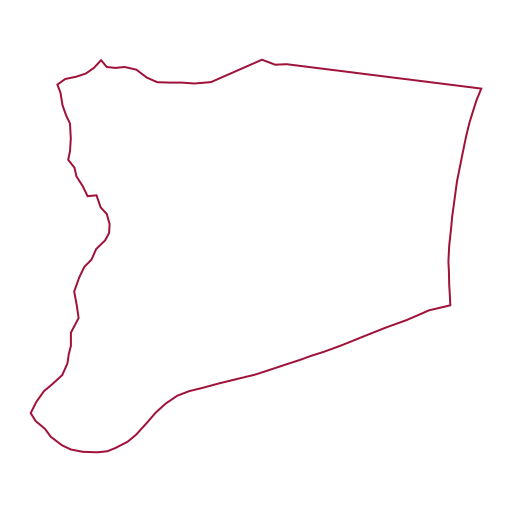 outline of Saubara, Brazil
{"feature_id": "56859067B52739574440824", "entity_name": "Saubara", "entity_type": "district", "adm_level": 2, "iso_a3": "BRA", "parent_name": "Brazil", "parent_adm1": "", "projection": "albers", "projection_center": [-38.789, -12.785], "detail": "fine", "context": "isolated", "style": "outline", "palette": "rose", "viewbox_px": 512, "rotation_deg": 0, "n_neighbors": 0, "source": "geoboundaries", "source_scale": "gbopen_adm2", "svg_char_len": 1264}
<svg xmlns="http://www.w3.org/2000/svg" viewBox="0 0 512 512"><path d="M30.7,413.1L35.6,421.0L45.0,428.9L50.8,436.8L62.0,445.3L70.9,449.5L82.6,451.8L97.1,452.3L107.2,451.3L115.4,448.0L127.5,441.8L136.0,434.8L147.7,421.9L155.6,412.7L165.6,403.6L177.3,395.7L189.3,391.1L202.8,387.8L219.0,383.4L238.2,378.7L255.2,374.6L270.5,369.6L286.1,364.4L300.0,359.9L311.2,355.8L323.3,352.0L341.8,345.2L363.6,336.4L386.5,327.3L406.8,320.0L429.1,310.3L450.3,305.3L449.8,294.6L449.2,284.5L448.9,271.3L448.4,261.4L449.2,245.8L451.2,227.4L452.1,217.3L454.7,198.2L457.0,181.2L460.1,165.9L462.0,156.3L466.1,136.4L469.6,122.2L473.6,109.3L476.7,99.7L481.3,88.6L286.6,64.2L275.1,64.7L262.0,59.7L211.0,82.1L194.4,83.5L181.6,82.6L170.1,82.6L157.2,82.2L146.8,77.6L136.4,69.7L124.7,67.0L115.4,67.9L106.8,67.0L101.1,60.2L93.9,67.9L85.9,73.5L76.3,76.7L65.2,79.0L57.4,84.6L60.5,92.8L62.5,105.2L66.1,115.4L70.0,123.6L70.8,138.7L70.0,151.2L68.2,159.8L74.5,167.7L76.4,176.3L82.7,186.1L87.6,196.2L96.5,195.3L100.6,207.3L106.8,214.1L109.6,224.1L109.1,232.9L105.1,240.4L96.2,249.0L91.5,259.6L84.3,266.9L79.1,277.7L74.2,291.5L76.8,305.6L78.6,318.0L70.9,332.7L70.9,345.9L68.8,354.0L67.4,363.5L62.2,375.1L51.8,384.6L44.0,391.1L36.5,401.6L30.7,413.1Z" fill="none" stroke="#9f1239" stroke-width="2"/></svg>